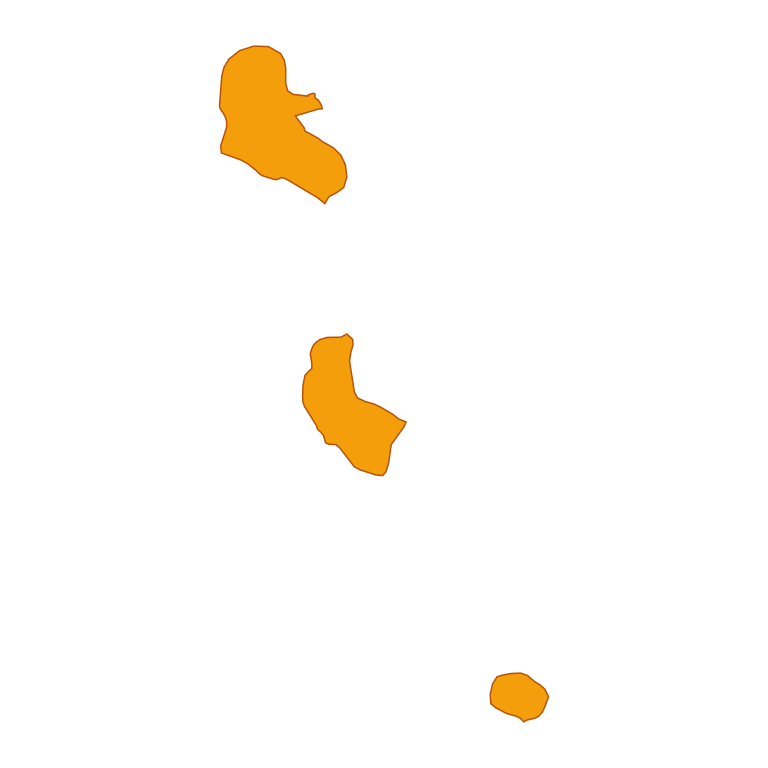 SVG path tracing the border of Tafea
{"feature_id": "VUT-562", "entity_name": "Tafea", "entity_type": "Province", "adm_level": 1, "iso_a3": "VUT", "parent_name": "Vanuatu", "parent_adm1": "", "projection": "robinson", "projection_center": [169.345, -19.436], "detail": "fine", "context": "isolated", "style": "filled", "palette": "amber", "viewbox_px": 768, "rotation_deg": 0, "n_neighbors": 0, "source": "natural_earth", "source_scale": "10m", "svg_char_len": 1638}
<svg xmlns="http://www.w3.org/2000/svg" viewBox="0 0 768 768"><path d="M346.9,176.9L343.7,187.5L336.5,192.7L329.0,196.6L324.8,203.6L317.5,197.6L285.7,178.8L281.4,177.5L277.0,179.6L274.1,179.4L262.9,175.9L259.7,174.1L255.9,170.3L247.2,163.4L241.2,160.1L221.4,152.9L220.7,145.9L226.6,127.4L226.7,121.9L225.4,117.2L223.1,112.9L220.2,108.8L219.5,105.8L221.8,76.0L224.0,67.3L228.8,59.2L239.7,50.6L253.8,46.1L268.4,46.6L280.6,53.5L284.3,60.1L285.7,68.3L285.7,83.3L287.7,90.8L293.0,94.3L307.6,96.1L307.4,95.6L309.2,94.6L311.6,93.7L313.6,93.3L315.0,94.1L314.8,97.8L317.9,99.8L319.9,102.5L321.6,105.9L322.3,108.8L318.1,109.1L295.3,115.9L304.0,127.6L305.1,131.5L307.5,132.3L318.6,138.6L322.3,141.6L333.2,147.7L340.8,155.1L345.3,164.6L346.9,176.9ZM381.4,407.6L393.0,414.5L398.6,418.9L406.1,422.0L403.9,427.0L391.2,444.6L388.7,462.7L386.0,471.8L382.6,475.6L375.7,474.9L360.4,470.0L354.4,466.9L339.6,447.7L335.9,444.6L328.7,444.2L325.9,443.0L324.8,440.4L323.7,435.8L321.1,432.5L318.6,430.3L317.4,428.9L316.5,425.7L304.5,406.5L303.0,402.2L302.6,396.0L303.0,385.4L305.0,375.4L309.0,370.9L311.8,368.6L311.8,363.3L310.3,353.7L311.7,348.9L313.4,345.3L315.9,342.4L319.9,339.6L327.1,337.4L340.9,337.2L346.9,334.0L352.7,339.5L353.0,345.1L350.9,352.0L349.5,361.0L354.4,392.1L357.6,398.0L365.1,401.5L374.0,404.0L381.4,407.6ZM527.5,675.5L534.7,681.6L540.3,685.1L544.9,689.2L548.5,696.8L544.7,707.2L542.3,712.2L538.7,716.3L534.7,718.3L526.7,720.1L523.8,721.9L520.3,718.3L515.8,716.1L506.6,713.5L495.7,707.8L490.8,703.7L490.2,694.1L492.7,683.7L497.1,676.7L501.7,675.3L510.9,673.5L520.6,673.1L527.5,675.5Z" fill="#f59e0b" stroke="#b45309" stroke-width="1.5"/></svg>